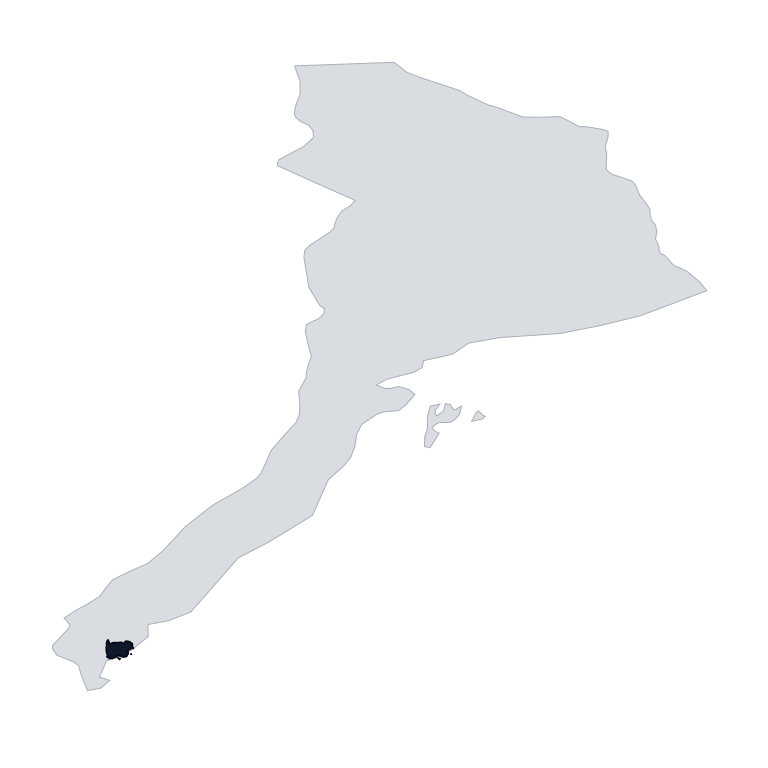 location of Asseb, Debubawi Keyih Bahri, Eritrea, rotated 93°
{"feature_id": "51966322B31129292770878", "entity_name": "Asseb", "entity_type": "district", "adm_level": 2, "iso_a3": "ERI", "parent_name": "Eritrea", "parent_adm1": "Debubawi Keyih Bahri", "projection": "natural_earth1", "projection_center": [42.689, 12.973], "detail": "fine", "context": "in_parent", "style": "filled", "palette": "ink", "viewbox_px": 768, "rotation_deg": 93, "n_neighbors": 0, "source": "geoboundaries", "source_scale": "gbopen_adm2", "svg_char_len": 6628}
<svg xmlns="http://www.w3.org/2000/svg" viewBox="0 0 768 768"><g transform="rotate(93 384 384)"><path d="M70.9,489.5L68.1,457.1L66.2,435.4L64.1,412.4L62.3,390.8L71.5,377.5L75.8,364.8L87.0,323.8L91.4,315.6L100.2,293.6L101.4,287.2L110.1,259.5L109.4,241.0L107.8,222.4L112.5,211.4L116.7,202.5L116.5,195.1L118.5,177.7L119.9,173.4L124.9,173.1L135.2,175.4L142.8,173.6L151.6,173.6L158.4,173.1L162.5,167.8L168.1,147.5L171.7,143.5L174.4,142.2L182.2,138.5L188.9,132.6L194.3,128.3L196.3,127.5L202.1,127.0L207.8,124.5L210.4,121.6L217.7,119.3L224.7,120.6L229.5,118.1L232.6,116.5L236.2,116.4L239.6,114.0L240.9,110.4L243.1,108.1L248.6,102.9L251.2,99.1L252.3,95.2L253.5,92.2L255.9,87.0L265.6,74.1L273.9,66.6L302.5,131.8L314.1,170.4L324.3,210.6L331.6,271.0L338.8,301.8L350.6,317.0L358.6,345.7L365.6,346.8L370.6,354.6L379.1,381.6L385.3,391.6L388.5,383.0L388.2,378.0L385.8,369.7L388.1,359.0L392.9,352.6L403.9,361.3L409.9,368.0L411.5,381.2L414.0,388.6L425.5,404.1L435.2,408.6L447.8,409.8L458.4,413.2L466.8,418.9L482.7,434.7L518.9,448.5L548.0,491.0L565.2,520.4L621.7,564.9L631.5,586.3L636.6,607.2L648.5,606.2L668.9,629.1L674.8,646.5L691.5,652.8L694.4,642.5L702.5,650.9L705.7,664.0L695.0,669.2L683.2,673.8L681.6,673.7L677.6,679.7L672.1,696.2L665.9,701.0L662.7,701.4L644.3,686.0L641.4,685.1L637.4,688.1L634.5,691.3L626.0,679.6L619.7,669.3L611.0,656.9L602.5,651.4L593.4,644.4L584.5,628.3L575.4,610.4L561.9,595.9L536.7,574.8L513.5,548.2L495.9,520.4L484.5,505.9L479.6,502.2L456.1,493.1L439.6,480.3L427.0,469.8L419.2,467.0L411.6,466.7L395.5,468.8L382.2,462.2L376.6,462.2L367.6,460.3L360.6,457.9L352.3,460.7L335.4,465.4L328.5,464.4L324.7,457.8L322.5,452.8L316.6,447.6L311.8,447.6L309.0,452.3L291.3,464.1L261.7,470.6L254.6,470.1L249.4,465.4L234.6,445.2L230.3,441.9L226.9,441.6L220.0,439.2L213.5,435.3L207.9,427.1L202.2,422.3L196.0,438.6L185.1,466.9L179.2,482.1L171.6,501.6L169.3,502.2L165.5,500.8L150.9,476.5L141.6,467.3L134.7,468.2L129.6,472.7L126.3,480.8L122.8,485.8L119.1,487.8L111.0,486.8L98.6,482.9L85.9,483.8L72.7,489.3L70.9,489.5ZM419.7,327.2L423.6,333.2L426.4,332.6L428.6,330.6L430.1,326.3L445.3,334.7L444.4,340.3L435.3,340.6L424.9,338.2L415.2,339.0L403.7,336.6L401.1,327.2L408.4,331.7L412.2,330.6L412.9,329.4L407.7,323.0L400.3,321.7L400.9,316.7L404.2,314.7L406.2,312.3L402.0,305.4L410.3,306.9L415.5,311.1L418.9,316.0L419.7,327.2ZM413.6,283.6L416.8,294.5L407.4,290.3L405.9,288.1L410.0,283.8L410.9,281.1L413.6,283.6Z" fill="#d9dde1" stroke="#a8b0b8" stroke-width="1"/><path d="M671.5,645.8L671.5,645.7L671.4,645.7L671.3,645.4L671.4,645.2L671.5,645.0L671.7,644.9L671.7,644.7L671.8,644.7L672.0,644.5L672.2,644.4L672.4,644.4L672.6,644.3L672.6,644.2L672.4,644.2L672.2,643.9L672.3,643.5L672.4,643.3L672.3,643.2L672.3,642.9L672.3,642.5L672.2,642.5L672.3,642.4L672.2,642.3L672.2,641.5L672.3,641.0L672.3,640.9L672.2,640.8L672.1,640.6L672.2,640.4L672.1,640.2L671.9,640.1L671.8,639.8L671.7,639.4L671.5,639.1L671.4,639.0L671.4,638.9L671.3,638.7L671.2,638.5L671.1,638.3L671.0,638.1L670.9,638.1L670.8,637.8L670.7,637.6L670.6,637.4L670.5,637.2L670.4,637.0L670.2,636.8L670.2,636.6L669.8,636.2L669.7,636.1L669.4,635.9L669.2,635.9L669.0,636.1L668.7,635.7L668.7,635.3L668.7,635.2L668.7,634.9L668.6,634.7L668.5,634.4L668.8,634.2L669.0,634.2L669.1,633.9L669.3,634.0L669.3,633.9L669.4,633.7L669.5,633.6L669.5,633.4L669.6,633.1L669.4,633.0L669.4,632.9L669.3,632.7L669.2,632.5L669.2,632.4L669.3,632.3L669.3,632.2L669.4,631.8L669.5,631.7L669.5,631.3L669.6,631.2L669.7,630.9L669.8,630.7L670.0,630.9L670.0,631.1L669.9,630.7L670.0,630.5L670.3,630.8L670.3,630.5L670.1,630.4L670.1,630.0L670.1,629.8L670.1,629.7L670.2,629.2L670.3,629.0L670.3,628.9L670.2,628.8L670.2,628.6L670.1,628.4L669.9,628.2L669.8,627.9L669.8,627.4L669.7,627.3L669.7,627.1L669.7,626.9L669.5,626.7L669.4,626.6L669.0,626.7L669.0,626.8L668.9,626.7L668.7,626.7L668.5,626.4L668.4,626.3L668.2,626.2L667.9,625.9L667.6,625.8L667.4,625.6L667.2,625.5L666.9,625.3L666.7,625.2L666.6,625.3L666.2,625.4L666.1,625.5L665.8,625.5L665.3,625.6L665.2,625.5L664.9,625.5L664.6,625.7L664.3,625.6L664.1,625.5L663.9,625.6L663.5,625.4L663.4,625.4L663.3,625.5L663.3,625.4L663.1,625.2L663.1,625.3L663.0,625.2L662.8,624.8L662.6,624.5L662.6,624.3L662.5,624.2L662.4,624.1L662.2,623.5L662.0,623.3L661.9,623.3L661.8,623.1L661.7,622.9L661.6,622.7L661.4,622.3L661.4,622.1L661.2,621.9L661.0,621.6L660.9,621.5L660.8,621.4L660.7,621.2L660.8,621.1L660.7,621.1L660.6,620.9L660.6,620.6L660.2,620.9L659.7,621.1L659.4,621.3L659.2,621.4L659.0,621.5L658.6,621.5L658.4,621.5L658.0,621.6L657.9,621.6L657.6,621.6L657.4,621.5L656.9,621.5L656.5,621.8L656.3,621.8L656.1,622.3L655.8,622.8L655.6,622.9L655.5,623.2L655.4,623.4L655.2,623.8L654.8,624.2L654.6,624.5L654.6,625.0L654.4,625.4L654.4,626.1L654.4,626.3L654.3,626.7L654.3,626.9L654.2,627.3L654.3,627.6L654.2,627.7L654.2,627.9L654.2,628.2L654.3,628.3L654.4,628.5L654.7,628.9L655.0,629.1L655.2,629.4L655.3,629.4L655.4,629.5L655.8,629.6L656.1,629.6L656.3,629.7L656.6,630.1L656.7,630.4L656.8,630.6L656.7,630.7L656.6,630.8L656.4,631.1L656.0,631.6L655.9,631.7L655.8,631.8L655.8,632.3L655.7,632.9L655.7,633.3L655.7,633.7L655.8,633.8L655.8,634.0L655.7,634.2L655.7,634.3L655.8,634.6L656.0,635.0L656.2,635.5L656.2,636.0L656.2,636.7L656.3,638.0L656.3,638.3L656.5,638.5L656.4,638.7L656.4,638.8L656.6,639.3L656.5,639.5L656.3,639.6L656.2,639.6L656.1,639.8L656.1,640.0L656.4,640.3L656.6,640.5L656.6,640.9L656.6,641.2L656.6,641.5L656.8,642.0L657.2,642.5L657.4,643.0L657.6,643.2L657.8,643.3L658.0,644.0L657.9,644.0L657.6,644.2L657.0,644.5L655.6,645.2L655.3,645.3L655.0,645.5L654.7,645.7L654.4,645.9L654.1,645.9L654.0,646.0L654.2,646.3L654.2,646.5L654.7,647.0L654.9,647.1L655.0,647.1L655.6,647.1L655.8,647.1L656.2,647.2L656.5,647.6L656.8,647.7L657.3,647.5L657.8,647.5L658.2,647.6L658.6,647.5L659.3,647.3L659.9,647.4L660.6,647.5L661.1,647.6L661.5,647.7L662.1,647.7L662.9,647.5L663.2,647.5L663.5,647.4L663.7,647.5L663.8,647.5L664.0,647.5L664.2,647.3L664.3,647.3L664.6,647.3L665.0,647.4L665.3,647.4L665.7,647.1L665.9,647.2L666.1,647.2L666.3,647.0L666.8,646.9L667.2,646.7L667.3,646.7L668.3,646.5L668.7,646.4L669.0,646.2L669.2,645.9L669.3,645.7L669.5,645.6L669.9,645.6L670.2,645.9L670.4,646.3L670.6,646.5L670.8,646.6L671.2,646.1L671.5,645.8ZM672.2,633.7L672.3,633.5L672.4,633.4L672.5,633.3L672.5,633.2L672.4,633.1L672.1,633.1L672.0,633.5L672.1,633.8L672.2,633.7ZM667.2,622.5L667.2,622.2L667.0,622.3L667.0,622.5L667.0,622.4L666.9,622.3L666.7,622.5L666.9,622.7L667.0,622.6L667.2,622.5ZM671.3,635.4L671.6,635.3L671.8,635.1L672.0,634.8L671.3,635.1L671.2,635.3L671.3,635.4ZM672.1,634.7L672.3,634.5L672.2,634.5L672.1,634.7ZM672.4,634.3L672.5,634.0L672.4,634.1L672.4,634.3Z" fill="#0f172a" stroke="#020617" stroke-width="1.5"/></g></svg>